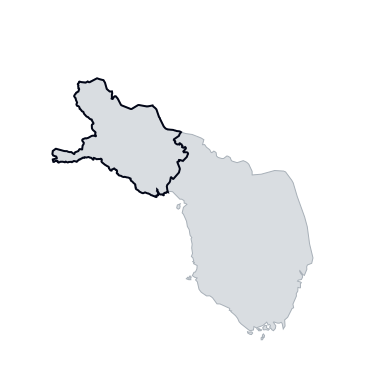 Lapland highlighted on a map of Finland, rotated 309°
{"feature_id": "FIN-3176", "entity_name": "Lapland", "entity_type": "Province", "adm_level": 1, "iso_a3": "FIN", "parent_name": "Finland", "parent_adm1": "", "projection": "orthographic", "projection_center": [25.412, 67.834], "detail": "fine", "context": "in_parent", "style": "outline", "palette": "ink", "viewbox_px": 384, "rotation_deg": 309, "n_neighbors": 0, "source": "natural_earth", "source_scale": "10m", "svg_char_len": 9425}
<svg xmlns="http://www.w3.org/2000/svg" viewBox="0 0 384 384"><g transform="rotate(309 192 192)"><path d="M165.0,166.6L163.8,160.9L162.1,156.0L160.2,154.6L159.6,152.7L159.4,148.7L159.8,145.7L161.9,142.8L162.4,138.8L163.6,135.6L163.1,133.5L160.0,127.6L159.7,125.7L159.6,122.5L161.4,119.6L161.0,116.7L157.8,115.5L157.9,113.7L158.9,110.8L158.5,108.2L158.7,102.7L160.4,100.3L158.5,98.4L156.8,94.8L155.3,94.6L154.5,90.8L151.8,87.3L142.4,82.2L136.7,76.6L133.9,72.1L131.1,69.5L131.0,67.3L128.2,65.3L128.8,64.4L131.2,64.5L133.1,65.5L133.8,64.4L133.2,61.1L133.4,60.2L135.7,58.6L139.3,58.8L146.3,72.0L147.3,76.3L154.7,78.0L155.4,79.0L157.4,78.9L161.8,77.0L163.5,74.2L165.1,74.5L175.5,81.0L177.2,79.6L178.2,75.7L179.0,74.0L180.2,72.7L182.6,71.9L184.5,68.8L184.7,59.8L185.6,57.2L187.2,48.4L190.4,44.4L192.6,40.2L194.8,39.6L199.0,40.4L203.7,36.0L206.8,35.3L212.6,42.4L220.7,46.6L223.1,52.6L222.2,55.1L218.4,62.0L218.3,63.8L219.9,66.7L214.0,70.6L214.5,71.6L217.8,71.9L218.2,73.2L215.3,81.8L215.3,83.4L218.2,92.4L226.0,95.9L228.3,99.8L234.3,107.5L234.0,111.2L226.7,125.6L225.0,129.6L224.9,132.0L230.4,142.8L233.5,150.4L236.8,155.9L239.7,165.1L240.1,168.3L235.4,170.4L236.8,172.0L235.9,175.0L236.0,179.2L234.8,182.0L235.1,182.7L237.5,183.2L237.8,185.0L237.7,186.1L235.4,188.4L235.3,190.6L236.9,194.3L238.0,195.5L241.9,196.4L242.4,197.3L242.8,200.0L241.2,202.8L241.3,203.8L243.2,208.6L248.6,212.1L249.4,215.0L249.5,217.0L249.3,218.7L245.9,225.7L243.1,228.0L249.4,234.6L260.7,242.7L265.9,250.0L266.5,252.1L263.9,262.1L262.8,264.9L254.8,276.5L243.5,295.2L237.5,303.5L225.6,316.1L216.9,327.5L211.9,329.9L207.9,327.6L206.0,328.2L204.2,329.9L197.9,331.8L197.6,330.0L198.8,325.2L198.3,325.3L197.2,327.6L196.7,330.2L195.5,331.5L192.9,332.1L190.3,330.0L189.1,330.1L190.4,333.2L190.3,334.1L189.0,333.9L186.1,336.4L185.5,336.4L184.5,334.4L181.5,336.6L178.6,337.0L176.9,338.6L168.4,341.0L166.0,343.8L164.4,343.1L154.8,345.2L150.9,344.5L146.4,348.7L143.0,349.1L146.6,344.8L146.8,343.3L145.0,342.4L143.8,340.8L142.6,337.4L142.0,337.2L140.7,341.4L138.3,342.7L135.5,342.6L135.2,340.7L135.8,339.0L135.4,338.7L135.9,337.3L137.3,337.3L137.7,336.6L137.8,335.8L136.6,334.9L137.9,332.0L132.9,331.1L127.0,327.6L126.4,324.8L123.4,326.6L120.8,324.4L120.5,323.2L120.4,313.1L120.8,310.3L122.5,307.0L123.3,303.6L123.5,297.4L124.4,297.5L123.5,295.4L124.9,295.0L125.2,294.3L122.6,284.2L120.8,281.8L122.7,274.7L122.7,273.1L122.5,271.1L120.4,268.7L119.9,262.3L120.8,258.7L125.6,252.6L125.9,250.1L128.4,250.1L127.4,247.7L127.2,244.9L130.8,244.1L132.1,245.0L135.3,244.2L138.1,242.3L137.3,238.3L138.7,238.2L138.3,237.3L138.4,236.3L139.5,236.8L141.4,234.1L141.5,232.1L144.6,231.1L148.3,227.0L151.6,224.9L155.0,220.7L156.4,220.6L157.2,217.7L161.0,213.5L162.3,210.1L165.8,206.2L169.3,199.4L169.6,197.5L174.7,195.0L179.2,195.8L179.1,194.0L178.4,193.0L180.3,191.2L179.9,188.4L178.8,187.1L180.0,176.7L178.7,174.7L173.6,171.1L171.5,170.8L170.3,168.1L171.0,165.0L168.1,167.4L165.0,166.6ZM130.9,332.4L134.3,332.6L135.2,334.2L133.6,335.1L133.4,336.4L134.2,338.4L132.6,338.3L131.6,336.1L130.0,334.5L130.9,332.4ZM173.5,191.7L171.5,192.7L170.0,192.1L170.0,190.1L172.7,188.8L175.4,190.3L174.1,190.6L173.5,191.7ZM123.1,242.4L122.9,244.1L124.9,243.0L125.6,243.5L125.4,245.0L124.8,244.7L123.1,246.3L121.8,244.7L121.0,242.2L123.1,242.4ZM120.9,326.5L120.6,327.9L118.6,327.9L117.8,326.4L117.5,324.0L118.4,323.0L118.8,324.3L120.9,326.5ZM128.8,332.9L127.7,332.9L126.2,331.3L126.1,330.7L126.7,330.4L126.5,328.7L127.7,329.7L128.3,330.8L127.6,331.1L128.8,332.9ZM126.1,338.7L124.5,339.6L123.9,339.4L124.2,337.6L125.1,336.8L126.6,336.8L126.1,338.7ZM122.9,339.5L121.5,339.7L120.7,338.8L122.1,337.5L123.1,337.6L123.2,338.5L122.9,339.5Z" fill="#d9dde1" stroke="#a8b0b8" stroke-width="1"/><path d="M206.6,34.9L206.9,35.0L207.2,35.6L207.8,36.9L209.9,40.3L210.2,40.6L212.3,41.4L212.3,42.4L212.6,43.0L213.0,43.4L220.5,46.6L220.7,46.9L221.5,49.2L223.2,52.8L222.2,55.6L218.5,60.8L218.4,61.2L218.3,64.2L218.3,64.7L218.4,65.0L219.8,66.5L218.5,67.9L217.2,68.5L214.5,70.7L214.0,70.8L214.1,71.4L214.2,71.6L214.4,71.8L216.7,71.5L217.6,71.6L218.4,72.5L218.0,74.9L217.7,75.9L215.1,81.7L215.0,82.1L215.0,82.6L215.2,83.3L217.9,92.0L218.3,92.6L218.7,92.9L225.4,95.3L225.8,95.6L226.2,96.0L230.0,103.0L230.8,103.9L234.5,106.9L234.1,107.7L234.1,110.5L233.9,111.9L233.8,112.4L229.5,119.2L229.4,119.5L229.3,120.3L228.6,121.3L225.1,128.9L224.7,131.5L225.3,133.7L228.4,138.3L229.0,140.0L229.4,140.6L229.5,141.1L229.7,141.7L231.2,144.0L231.4,144.5L231.6,145.8L228.7,146.0L227.7,146.5L227.0,146.4L221.6,144.8L221.0,145.1L221.0,145.3L221.0,146.5L220.9,146.9L220.8,147.1L220.2,147.1L219.7,147.9L219.5,148.4L219.5,149.2L219.6,150.2L219.9,150.9L220.4,151.4L220.9,151.7L220.9,152.0L221.5,151.8L222.0,151.7L222.1,151.9L222.1,152.1L222.3,152.3L222.1,153.3L222.4,153.8L222.4,154.0L221.9,154.8L221.9,155.4L221.3,155.8L220.7,155.9L220.6,156.1L220.8,156.6L221.1,157.1L221.0,157.4L221.8,158.0L222.6,158.3L222.6,159.0L222.4,159.5L222.2,159.7L221.6,159.9L220.0,159.8L218.7,160.2L218.4,160.1L218.4,159.8L218.4,159.7L218.1,159.7L218.0,159.8L218.2,160.6L217.9,160.8L219.5,162.8L219.8,163.6L219.7,164.1L219.3,164.8L218.7,165.1L217.6,165.3L216.4,165.8L215.9,165.9L210.5,165.4L210.5,165.0L210.1,164.6L209.8,163.9L209.3,162.5L208.7,161.7L208.2,161.8L207.9,162.3L207.7,162.6L206.1,161.8L205.8,162.1L203.0,167.1L202.2,168.1L198.9,169.6L190.6,169.3L190.3,169.1L190.3,168.6L190.3,166.5L189.9,166.4L186.7,168.1L185.3,168.5L182.0,168.3L180.5,168.9L178.0,171.6L176.8,173.3L176.7,172.9L176.5,172.6L176.4,172.5L176.0,172.6L175.7,172.2L174.8,172.3L174.3,171.4L173.8,171.2L173.3,171.1L172.8,171.2L172.4,171.4L171.9,172.0L171.6,172.0L171.5,171.9L171.4,171.6L171.4,170.2L170.5,169.6L170.4,169.4L170.0,168.5L169.9,167.9L170.1,167.1L170.3,166.6L171.0,165.0L171.2,164.4L171.5,164.0L171.9,163.9L172.0,163.8L172.0,163.4L171.8,163.6L171.2,164.0L170.8,164.1L170.8,164.8L170.4,165.2L169.9,166.5L169.6,166.9L168.7,166.9L168.4,167.1L168.3,167.5L168.1,167.7L167.5,167.4L167.0,166.7L166.5,166.5L166.0,166.1L166.2,166.5L166.2,166.9L166.1,167.3L165.8,167.5L165.6,167.4L165.4,167.0L165.1,166.2L165.1,165.5L164.6,164.6L164.4,163.4L163.8,162.2L163.8,161.0L163.4,159.0L162.9,158.3L162.2,155.9L161.9,155.6L160.6,155.0L160.2,154.6L159.9,154.1L159.5,152.5L159.4,151.7L159.2,151.0L159.2,150.7L159.4,149.7L159.4,149.3L159.3,148.0L159.1,147.4L159.1,147.0L159.2,146.3L159.5,145.9L160.2,145.5L160.2,145.0L160.9,144.5L161.2,144.2L161.2,143.9L162.1,143.2L162.2,142.7L162.3,142.2L162.2,141.1L162.4,140.0L162.5,139.4L162.5,138.8L162.4,137.7L162.4,137.4L162.8,136.8L163.0,136.2L163.5,136.2L163.8,135.8L163.3,134.0L163.0,133.2L162.3,132.1L161.6,130.5L161.4,130.1L160.8,129.7L160.5,129.2L160.0,127.9L159.9,126.7L159.0,125.0L158.9,124.3L159.2,123.8L159.4,123.1L159.2,123.0L159.2,122.8L159.2,122.2L159.3,121.7L159.6,121.4L160.9,120.8L161.3,120.3L161.6,119.4L161.2,119.1L161.2,118.4L161.3,117.5L161.4,116.8L161.2,116.6L160.2,116.3L159.4,115.7L158.0,116.0L157.6,115.4L157.5,114.7L157.7,114.1L157.9,113.6L158.2,112.9L158.1,112.6L158.8,111.9L159.0,111.6L159.0,110.9L158.9,110.4L158.7,109.6L158.5,107.8L158.4,107.3L158.4,107.0L158.4,105.2L158.4,103.8L158.5,103.0L158.7,102.5L159.1,102.2L159.9,101.9L160.3,101.6L160.6,101.0L160.6,100.5L160.4,100.1L159.6,99.7L158.6,98.4L157.5,97.3L157.0,94.9L156.7,94.3L156.3,94.4L155.3,95.0L155.1,95.0L154.9,94.8L154.9,94.5L155.1,93.3L155.1,93.0L155.0,92.8L155.1,92.1L154.9,91.6L154.4,90.9L154.3,90.6L154.2,89.8L154.0,89.5L152.4,88.3L152.0,87.8L151.6,86.8L151.3,86.5L150.7,86.7L150.0,85.7L149.7,85.4L149.1,85.4L148.7,85.1L148.2,85.0L147.5,84.5L146.6,84.4L146.6,84.1L145.8,83.7L143.2,83.5L142.8,83.2L142.8,82.6L142.5,82.3L142.1,81.3L141.6,80.6L139.6,79.9L139.4,79.0L138.8,78.5L137.9,77.4L137.1,77.1L136.7,76.7L136.3,75.4L136.2,74.8L136.0,74.6L135.1,74.5L135.0,74.1L134.8,73.8L134.2,72.5L132.8,70.8L131.0,69.9L130.8,69.5L130.8,68.9L131.2,68.7L131.4,68.3L131.4,67.7L131.2,67.3L130.7,67.1L130.0,66.2L128.7,65.9L128.2,65.3L129.4,63.5L129.7,63.3L132.7,65.5L133.1,65.7L133.4,65.5L134.1,64.2L133.0,61.2L133.6,59.7L133.8,59.5L136.3,58.0L139.8,58.9L140.0,59.1L143.5,67.1L144.9,68.9L145.1,69.3L145.2,70.1L145.3,70.4L146.1,72.0L146.9,72.8L147.1,73.1L147.2,75.9L147.3,76.5L147.5,76.6L148.8,76.2L149.1,76.2L149.4,76.2L152.2,77.9L154.1,77.6L154.7,77.8L154.9,78.1L155.8,79.7L156.0,79.8L159.2,77.8L161.0,77.6L162.1,77.0L162.5,75.7L162.8,74.4L163.5,73.9L164.3,73.9L166.6,75.2L166.9,75.9L167.2,76.2L168.8,77.3L172.4,78.7L173.5,79.6L174.3,80.9L174.6,81.9L174.8,82.1L175.1,82.1L175.4,81.7L175.7,80.6L176.0,80.3L176.3,80.3L177.0,79.8L177.5,79.6L177.7,79.3L177.8,78.7L177.7,78.4L177.7,78.2L177.8,77.8L177.8,76.4L177.9,75.7L178.1,75.1L178.5,74.2L180.6,72.3L181.1,72.0L181.6,71.9L182.9,72.4L183.2,72.3L183.5,72.1L184.0,70.8L184.3,70.2L184.4,69.9L184.5,69.5L184.6,69.1L185.1,68.7L185.2,68.3L185.1,68.1L184.7,67.5L184.7,67.1L184.5,66.6L184.6,65.9L184.6,64.9L184.7,64.5L184.8,64.3L184.3,62.6L184.4,61.8L184.8,59.3L184.9,58.8L185.9,57.1L185.5,55.6L185.7,54.9L185.9,54.5L185.9,53.7L186.0,53.4L186.2,53.0L185.9,52.4L186.1,52.1L186.7,51.6L187.0,51.1L187.2,50.4L187.2,49.7L186.9,49.0L186.7,48.7L186.7,48.4L186.9,47.7L187.2,47.3L187.4,47.0L189.2,46.4L189.9,45.1L190.4,44.0L191.5,42.7L191.8,42.1L191.7,41.5L192.1,40.7L192.3,40.1L192.7,39.9L194.5,39.6L195.2,39.8L196.2,39.5L196.5,39.6L197.1,40.0L197.7,39.9L198.5,40.5L200.9,39.6L201.3,39.0L201.0,38.7L201.1,38.4L201.6,38.2L202.2,37.3L203.4,36.6L203.5,36.1L203.9,35.4L204.4,35.2L205.8,35.4L206.6,34.9Z" fill="none" stroke="#020617" stroke-width="2"/></g></svg>